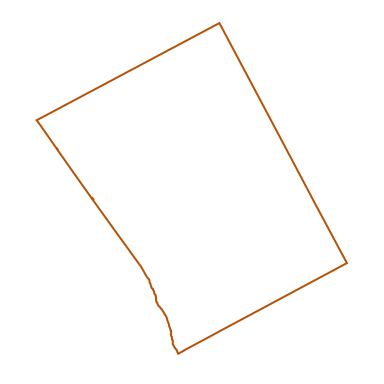 Maralinga Tjarutja, South Australia, Australia (Mercator projection), rotated 62°
{"feature_id": "25037944B7661444660063", "entity_name": "Maralinga Tjarutja", "entity_type": "district", "adm_level": 2, "iso_a3": "AUS", "parent_name": "Australia", "parent_adm1": "South Australia", "projection": "mercator", "projection_center": [132.165, -29.44], "detail": "fine", "context": "isolated", "style": "outline", "palette": "amber", "viewbox_px": 384, "rotation_deg": 62, "n_neighbors": 0, "source": "geoboundaries", "source_scale": "gbopen_adm2", "svg_char_len": 2802}
<svg xmlns="http://www.w3.org/2000/svg" viewBox="0 0 384 384"><g transform="rotate(62 192 192)"><path d="M55.7,88.5L55.7,159.6L55.7,259.3L55.7,295.5L62.1,294.5L90.3,291.1L90.2,290.7L90.8,290.6L90.8,291.1L105.0,289.3L115.8,288.0L150.6,283.5L150.5,282.7L151.2,282.6L152.0,282.5L152.1,283.3L190.7,278.1L212.1,275.1L226.0,273.2L233.6,272.1L234.5,272.0L244.3,271.8L246.1,271.7L249.1,271.0L249.3,271.0L249.6,271.0L250.9,271.4L251.5,271.7L252.2,271.8L252.3,271.9L252.5,271.9L252.9,271.8L253.2,271.8L253.4,271.8L253.6,271.8L253.8,271.8L254.2,271.9L254.4,272.0L254.6,272.0L254.8,272.1L255.0,272.2L255.3,272.3L255.6,272.4L256.3,272.5L256.5,272.6L256.9,272.6L257.1,272.5L257.4,272.6L257.6,272.7L257.9,272.7L258.0,272.7L258.3,272.5L258.5,272.4L258.8,272.2L259.1,272.1L259.4,272.1L259.6,272.1L260.0,272.3L260.5,272.2L260.8,272.3L261.1,272.2L261.4,272.1L261.7,272.2L264.1,272.8L264.7,273.0L264.9,272.9L265.1,272.9L265.4,272.6L265.8,272.5L266.1,272.5L266.3,272.6L267.0,272.9L267.1,273.1L267.3,273.2L267.5,273.2L268.1,273.1L268.4,273.3L268.6,273.4L269.0,273.5L269.6,273.9L269.7,274.1L270.4,274.5L271.3,274.7L271.7,274.9L271.8,275.0L272.0,275.0L272.4,274.9L272.7,274.7L273.1,274.8L273.4,274.7L273.6,274.7L273.8,274.8L274.0,274.9L274.3,274.9L274.6,274.9L275.1,275.0L275.3,275.1L275.7,275.1L276.1,275.1L276.4,275.0L276.7,275.0L277.1,274.9L277.4,274.9L277.6,274.7L278.0,274.4L278.4,274.4L278.6,274.4L279.2,274.3L279.4,274.3L280.0,274.2L280.3,274.1L280.6,274.0L280.8,274.1L281.1,274.0L281.4,273.8L281.6,273.7L281.9,273.7L282.5,273.8L284.0,273.5L284.8,273.6L286.3,273.5L287.1,273.6L287.9,273.3L288.3,273.3L288.6,273.3L289.2,273.3L289.6,273.2L292.4,273.5L293.4,274.0L293.8,274.0L294.8,274.1L295.3,274.2L295.5,274.3L295.9,274.2L296.2,274.2L296.6,274.3L296.8,274.4L297.0,274.4L297.8,274.4L298.7,274.6L299.2,274.9L299.7,275.2L300.5,275.2L300.8,275.3L301.4,275.3L301.7,275.4L302.0,275.4L302.8,275.6L303.0,275.7L303.3,275.7L303.5,275.8L303.9,275.8L304.7,276.0L304.7,275.7L305.1,275.8L305.1,276.1L305.8,276.3L306.9,276.6L307.2,276.9L307.6,277.1L307.9,277.4L307.9,277.5L308.0,277.5L308.5,277.6L308.8,277.8L309.2,277.9L309.4,278.0L309.5,278.0L309.9,277.9L310.5,277.8L311.3,278.2L311.6,278.5L311.9,278.6L312.0,278.6L312.4,278.6L312.6,278.7L312.8,278.8L312.9,278.7L313.0,278.6L313.5,278.6L313.8,278.8L314.6,278.9L314.8,278.9L315.0,279.0L315.5,279.5L316.1,279.7L316.7,280.1L316.9,280.2L317.4,280.4L317.5,280.4L318.2,280.3L318.7,280.4L319.4,280.3L320.0,280.3L320.3,280.3L321.0,280.3L321.6,280.4L322.1,280.0L322.9,280.0L323.3,280.1L323.9,279.8L324.0,279.8L324.3,279.7L324.6,279.7L324.8,279.8L325.1,279.8L325.5,279.9L325.8,279.9L326.4,280.1L327.9,280.0L328.2,280.2L328.3,280.1L328.3,273.6L328.1,273.6L328.0,241.2L327.9,235.1L327.8,192.3L327.5,88.6L259.9,88.8L191.8,88.6L55.7,88.5Z" fill="none" stroke="#b45309" stroke-width="2"/></g></svg>